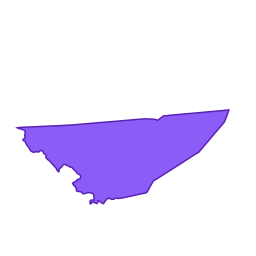 the district of Souto Soares, Bahia, Brazil, rotated 325°
{"feature_id": "56859067B69243196353735", "entity_name": "Souto Soares", "entity_type": "district", "adm_level": 2, "iso_a3": "BRA", "parent_name": "Brazil", "parent_adm1": "Bahia", "projection": "natural_earth1", "projection_center": [-41.909, -11.985], "detail": "fine", "context": "isolated", "style": "filled", "palette": "violet", "viewbox_px": 256, "rotation_deg": 325, "n_neighbors": 0, "source": "geoboundaries", "source_scale": "gbopen_adm2", "svg_char_len": 2137}
<svg xmlns="http://www.w3.org/2000/svg" viewBox="0 0 256 256"><g transform="rotate(325 128 128)"><path d="M53.8,168.7L55.0,168.6L56.1,168.3L57.0,168.7L57.6,169.5L58.4,170.8L59.3,172.1L60.5,171.7L61.6,170.4L62.7,171.0L62.9,172.7L63.5,174.4L64.6,176.0L66.1,175.2L67.7,174.7L70.0,174.2L71.4,174.1L72.6,175.5L74.0,177.2L74.8,177.9L76.0,178.3L77.3,178.3L78.4,178.8L79.5,180.1L80.9,180.9L82.5,181.6L83.8,182.3L84.8,182.7L93.3,186.3L105.9,191.6L106.9,191.4L117.3,186.4L118.2,186.0L135.8,186.8L149.4,187.4L168.4,188.1L172.3,188.4L176.4,187.3L193.8,182.7L210.3,178.4L216.3,174.5L221.0,171.0L216.3,168.4L210.7,165.2L185.8,150.9L172.1,143.0L170.2,141.9L167.3,140.4L163.8,138.4L161.2,138.5L160.1,138.6L158.3,138.7L157.0,138.8L154.7,136.0L153.8,135.3L147.4,130.3L143.3,127.9L138.2,124.9L124.1,116.8L113.5,110.6L111.4,109.4L108.4,107.6L105.0,105.6L95.7,100.3L82.1,92.3L76.3,88.7L74.9,87.8L73.3,86.8L39.3,65.2L37.5,64.4L38.2,65.8L39.3,66.9L40.2,67.9L40.9,69.1L41.7,70.2L41.8,71.4L41.3,72.8L40.3,73.7L39.4,74.5L38.7,75.9L38.1,76.8L37.2,77.3L35.4,77.1L35.0,78.3L35.6,79.1L36.0,80.4L35.5,82.1L35.3,84.2L35.4,85.7L35.5,86.9L35.4,88.3L35.3,89.7L35.3,91.3L36.3,93.3L37.8,94.3L39.3,94.7L40.2,95.9L41.6,96.5L43.3,96.2L44.4,97.0L44.8,98.7L44.4,100.4L45.0,101.8L45.1,103.7L44.2,104.3L43.8,105.5L43.9,106.7L44.2,108.1L44.9,110.0L45.1,111.4L45.2,112.6L45.3,114.1L45.5,115.3L45.6,116.4L45.9,118.3L46.0,120.0L45.7,121.4L45.7,123.0L46.2,124.1L47.2,123.4L47.7,122.4L48.8,121.9L50.2,122.0L51.2,121.9L52.6,121.5L53.5,121.0L54.6,121.1L55.9,121.9L56.1,123.3L56.9,124.0L57.7,125.3L58.1,126.8L59.3,127.6L59.6,129.1L59.7,130.8L60.0,132.1L60.4,133.1L60.3,134.7L60.4,136.3L61.0,137.7L61.9,139.3L61.2,140.9L59.9,142.0L58.7,141.8L57.6,141.4L56.5,141.3L55.2,141.5L54.0,141.7L53.0,141.6L51.9,141.2L50.8,141.6L50.7,143.5L51.0,145.1L51.0,146.2L51.0,147.4L50.6,148.6L49.7,150.0L50.6,151.3L52.1,152.6L53.1,153.7L53.4,154.9L53.3,156.1L54.6,156.7L55.5,157.2L56.8,157.4L57.8,157.7L58.7,158.4L59.7,159.1L60.5,160.1L61.4,161.3L61.8,162.9L60.6,164.8L59.8,166.4L58.8,167.5L57.6,166.7L56.5,165.8L55.3,166.0L54.1,167.0L53.8,168.7Z" fill="#8b5cf6" stroke="#5b21b6" stroke-width="1.5"/></g></svg>